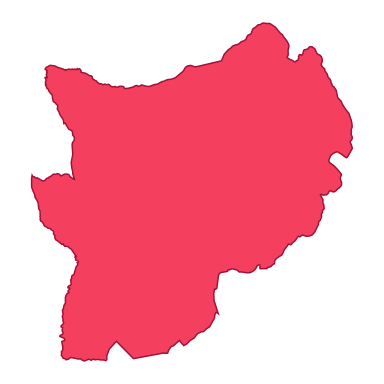 Anolaima, Cundinamarca, Colombia
{"feature_id": "7082276B71021669842786", "entity_name": "Anolaima", "entity_type": "district", "adm_level": 2, "iso_a3": "COL", "parent_name": "Colombia", "parent_adm1": "Cundinamarca", "projection": "robinson", "projection_center": [-74.474, 4.788], "detail": "fine", "context": "isolated", "style": "filled", "palette": "rose", "viewbox_px": 384, "rotation_deg": 0, "n_neighbors": 0, "source": "geoboundaries", "source_scale": "gbopen_adm2", "svg_char_len": 5720}
<svg xmlns="http://www.w3.org/2000/svg" viewBox="0 0 384 384"><path d="M66.0,359.7L68.2,359.3L70.0,357.8L71.6,357.6L78.8,359.1L80.3,358.7L81.9,360.0L84.5,361.0L88.9,359.1L91.3,360.3L93.1,359.0L94.9,359.8L98.3,359.4L100.4,359.9L103.9,360.0L105.7,360.7L106.8,359.7L106.8,355.7L109.3,349.1L116.4,341.3L133.5,358.6L162.7,353.2L163.5,352.8L164.4,353.3L167.6,353.2L168.6,350.3L170.7,347.1L171.7,346.4L173.4,345.8L179.5,340.4L180.8,342.3L183.8,345.6L186.7,344.0L190.1,340.5L194.3,337.9L196.4,335.0L198.0,333.4L201.5,331.8L203.5,331.6L206.6,328.7L209.6,326.8L214.6,317.8L214.8,314.9L216.0,312.5L216.9,312.5L218.2,313.6L214.0,300.3L213.7,293.5L214.6,289.1L215.6,289.3L216.8,288.3L218.4,276.0L218.9,274.3L220.5,272.6L227.1,271.5L227.8,271.0L228.0,269.8L229.7,269.9L230.3,269.4L232.4,268.8L237.1,270.1L239.3,272.0L241.8,272.0L247.3,272.8L250.4,272.6L253.6,270.8L255.5,269.0L257.4,265.5L259.2,264.9L259.8,265.0L260.2,265.7L259.8,267.7L260.2,268.7L266.9,268.6L268.1,267.3L270.7,266.7L273.2,264.2L274.5,263.8L274.7,260.9L275.0,260.2L277.1,257.9L281.8,255.0L283.3,252.3L283.9,250.4L287.6,245.5L288.1,244.3L289.2,244.2L290.9,244.8L292.8,242.6L295.1,240.8L297.9,236.7L299.0,236.4L299.8,236.9L302.3,235.0L305.9,236.2L309.0,236.1L312.1,235.0L314.5,232.5L318.4,224.6L318.8,221.6L320.2,220.4L321.4,217.1L321.6,216.1L321.2,214.3L322.5,212.6L322.4,210.9L324.2,208.5L323.7,204.6L323.1,203.8L322.8,201.5L323.1,199.9L320.3,194.9L321.0,194.3L323.4,195.2L326.8,194.7L328.5,192.8L329.2,191.3L330.3,190.7L332.6,191.8L334.6,191.7L336.3,190.4L337.8,188.8L339.2,187.9L341.1,185.8L341.6,184.4L341.5,182.2L340.8,180.8L340.4,178.5L340.5,177.1L341.4,175.0L341.3,174.1L339.0,171.2L334.6,166.4L329.4,162.4L328.8,160.4L329.3,158.8L330.7,155.6L332.0,154.3L334.8,152.5L336.7,151.9L337.7,151.9L341.2,154.0L345.9,157.5L346.8,157.7L348.1,156.0L352.4,148.2L351.1,144.2L350.3,142.9L350.2,141.7L351.8,139.6L352.4,137.6L350.9,133.6L351.4,132.9L351.3,129.3L352.2,126.9L351.8,122.9L351.2,120.1L348.9,113.4L345.4,109.0L342.3,104.1L341.0,101.0L338.2,98.2L337.6,97.1L336.2,90.3L334.0,86.9L332.0,85.6L332.1,84.5L330.9,82.4L330.8,80.7L329.7,78.8L328.7,77.9L327.8,76.5L327.3,74.2L324.7,70.4L324.7,69.0L322.5,67.0L321.5,65.5L321.2,63.9L322.3,61.4L322.3,59.5L321.3,56.6L320.0,55.2L317.9,54.3L317.0,53.5L314.8,48.9L312.0,46.7L310.7,46.7L309.6,46.8L307.5,49.1L304.3,49.8L303.6,50.5L303.0,53.5L302.2,55.0L299.5,54.7L298.5,56.4L298.6,58.0L298.0,60.0L296.3,60.8L295.5,61.7L294.4,61.9L292.7,60.5L289.5,59.2L287.3,57.7L287.2,57.0L288.2,54.9L288.1,50.2L289.0,46.1L288.5,44.0L286.7,40.7L283.2,36.3L282.5,34.7L280.5,33.4L275.5,27.3L270.9,24.1L268.9,23.3L267.7,23.6L262.8,23.0L260.1,24.6L257.9,24.9L255.7,27.1L253.3,28.5L252.6,29.4L251.2,33.5L250.2,34.3L248.1,35.1L246.8,37.0L246.0,39.3L243.8,40.9L241.3,41.6L239.4,43.5L238.1,44.3L234.7,45.2L232.4,46.2L231.1,47.8L227.9,50.1L224.1,54.5L221.6,60.5L221.1,60.9L197.4,66.5L194.8,66.8L190.7,65.4L187.7,65.9L185.5,67.3L183.2,71.2L175.4,77.7L171.7,79.2L168.3,79.5L166.2,80.1L164.0,81.2L162.0,81.6L157.2,84.2L154.7,84.5L149.0,86.5L146.1,86.2L141.5,84.9L138.8,86.5L137.0,85.5L135.9,85.6L134.2,86.2L133.7,87.0L132.4,87.0L131.8,87.6L130.8,87.5L128.4,88.3L125.2,88.5L124.5,88.4L123.6,86.7L122.7,86.4L120.0,86.2L116.8,87.4L115.0,86.4L113.6,86.9L111.4,86.6L108.6,84.3L106.2,84.7L105.0,84.1L103.0,84.7L101.1,83.7L99.9,84.0L97.0,82.0L96.5,81.0L95.2,80.5L92.5,78.7L92.1,76.5L91.1,75.8L89.4,75.6L85.8,73.3L81.4,72.4L80.7,71.9L81.1,70.8L80.2,69.3L79.2,68.7L77.8,69.5L77.2,68.7L76.9,69.3L75.9,69.7L75.0,69.0L73.2,69.6L72.4,69.0L70.8,69.5L69.0,69.1L66.5,69.7L65.8,70.3L65.4,70.2L65.2,69.6L64.1,69.8L63.0,69.0L58.1,67.5L54.9,66.0L52.7,65.6L49.9,65.3L47.5,66.9L46.5,67.1L45.2,68.8L45.2,69.4L47.0,70.5L46.6,72.0L47.3,72.8L46.7,73.4L46.3,74.4L47.1,77.5L45.8,77.2L45.0,77.8L45.9,79.3L46.2,80.6L45.5,81.4L45.5,83.5L46.2,84.3L45.4,85.0L46.2,86.3L47.0,88.5L48.2,89.2L49.1,91.5L50.0,92.4L50.4,93.4L51.7,94.3L52.4,95.8L52.5,98.4L53.3,101.5L55.5,103.1L56.4,104.4L57.5,105.2L57.8,106.6L57.3,108.2L57.4,109.2L59.1,112.2L59.5,113.6L60.7,115.9L63.3,119.7L63.9,123.7L65.5,123.2L66.3,125.2L68.7,129.1L71.4,130.5L72.3,131.5L72.8,135.2L74.1,136.9L74.4,138.2L74.1,140.5L72.6,142.5L72.3,143.5L72.1,145.1L72.8,154.2L71.2,162.5L71.8,167.7L72.6,171.3L72.8,174.0L74.5,179.3L73.6,179.1L70.0,176.6L68.8,174.5L65.9,174.0L64.4,174.2L60.9,176.0L59.3,174.2L57.6,173.6L55.8,174.3L53.2,174.2L51.6,175.8L49.0,177.1L49.0,177.6L46.4,178.5L45.4,180.1L43.5,181.0L42.7,181.0L37.2,177.8L35.9,178.1L34.0,176.6L32.9,176.7L32.1,175.3L31.6,178.5L31.6,186.4L31.8,187.6L33.3,191.6L34.7,194.6L35.1,197.5L36.8,200.0L38.2,203.1L38.7,208.7L40.1,211.2L40.1,214.5L40.3,214.8L40.0,216.4L40.4,217.6L40.1,219.4L40.4,219.7L40.5,220.9L41.8,221.6L43.7,224.0L44.0,225.4L44.7,226.2L46.8,227.1L47.7,228.0L50.2,228.6L51.3,229.8L53.1,230.8L53.6,232.0L53.5,233.9L54.9,235.6L54.8,237.6L55.6,239.7L57.5,240.8L61.9,244.4L63.3,244.0L63.8,245.3L64.7,246.2L67.8,246.5L69.3,248.0L71.2,249.1L74.9,254.5L75.5,256.1L76.3,255.9L76.4,256.7L75.1,256.9L75.0,257.3L75.6,258.6L75.6,260.0L77.9,261.0L78.4,261.6L78.3,262.4L77.2,262.8L77.8,263.4L77.5,264.6L77.7,265.3L76.3,266.4L74.0,274.2L73.4,274.9L72.3,275.3L71.7,276.3L71.5,278.6L70.6,280.1L71.2,284.0L70.7,285.0L68.5,286.1L68.0,286.9L67.9,287.6L68.2,288.0L69.5,287.9L69.8,288.4L69.6,289.1L68.1,290.7L68.1,291.5L68.8,292.1L68.9,292.6L67.1,293.5L65.8,295.9L65.4,297.3L65.4,303.1L64.1,305.1L63.2,309.1L62.4,310.1L63.1,314.2L62.3,316.6L63.0,319.0L62.9,320.9L63.7,322.8L63.2,323.9L61.2,325.8L61.0,326.5L61.2,326.9L62.6,327.6L62.1,330.7L63.2,332.9L62.7,334.1L60.1,335.5L59.8,336.1L59.9,336.5L63.9,338.2L64.8,339.4L64.5,340.6L62.1,341.3L61.8,341.7L62.9,348.0L62.6,350.4L61.4,351.6L61.6,353.9L61.3,355.2L63.2,358.2L65.8,359.1L66.0,359.7Z" fill="#f43f5e" stroke="#9f1239" stroke-width="1.5"/></svg>